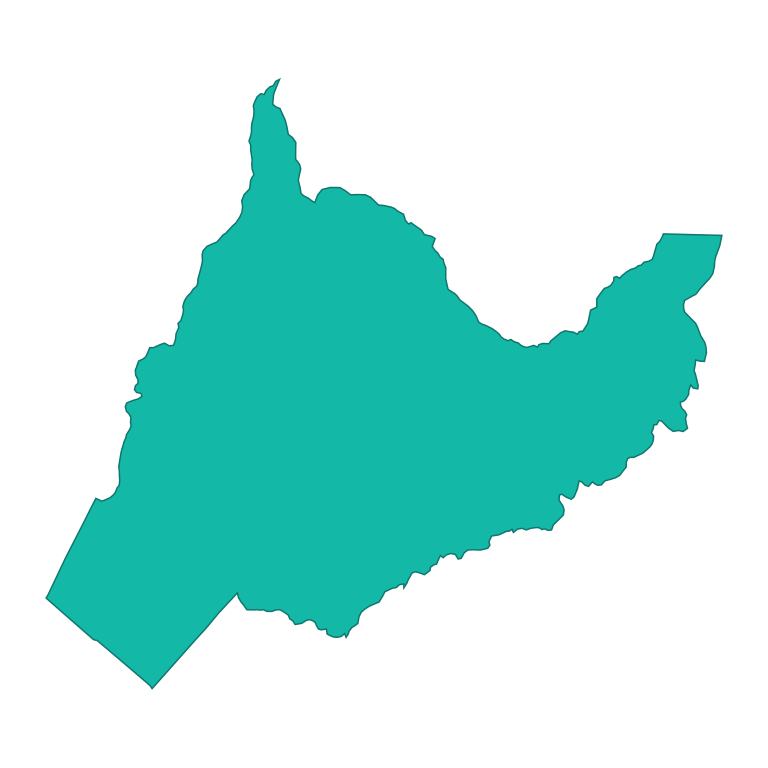 Theobroma, Rondônia, Brazil
{"feature_id": "56859067B32402961436", "entity_name": "Theobroma", "entity_type": "district", "adm_level": 2, "iso_a3": "BRA", "parent_name": "Brazil", "parent_adm1": "Rondônia", "projection": "robinson", "projection_center": [-62.291, -10.089], "detail": "fine", "context": "isolated", "style": "filled", "palette": "teal", "viewbox_px": 768, "rotation_deg": 0, "n_neighbors": 0, "source": "geoboundaries", "source_scale": "gbopen_adm2", "svg_char_len": 5285}
<svg xmlns="http://www.w3.org/2000/svg" viewBox="0 0 768 768"><path d="M46.1,598.1L93.5,639.6L97.3,640.6L126.4,665.3L149.9,685.4L152.1,688.6L194.2,641.2L206.5,627.7L218.6,613.1L237.4,592.9L238.5,597.6L240.9,601.8L244.0,605.5L246.8,609.7L254.0,609.9L257.3,609.7L260.4,610.1L263.4,609.7L267.0,611.4L271.8,611.4L276.1,609.9L279.9,609.7L285.0,612.7L288.4,615.2L289.7,618.8L292.9,620.9L295.1,624.5L301.8,623.3L306.4,620.3L309.5,619.6L312.6,620.7L315.2,622.4L316.6,625.8L318.5,629.1L321.4,629.8L326.4,629.1L327.2,634.1L332.3,636.6L336.0,637.4L340.9,636.6L344.6,633.6L346.1,637.3L348.2,634.1L349.1,631.1L351.9,627.5L354.6,625.8L357.8,623.5L359.1,616.4L361.3,612.2L364.3,609.4L369.1,606.3L374.3,604.0L379.1,602.0L383.3,594.9L384.8,591.8L389.7,589.5L392.4,588.2L396.4,587.5L399.5,584.6L403.8,584.0L403.9,587.8L406.9,583.1L408.3,579.6L410.3,576.1L412.0,573.0L415.6,571.7L420.6,573.2L424.3,574.7L427.3,572.5L430.0,570.5L430.4,567.3L433.8,564.8L436.6,564.1L438.2,560.1L440.4,555.5L443.2,557.7L446.5,554.8L450.7,553.5L455.4,554.4L458.1,559.0L461.1,558.4L464.3,552.7L467.9,550.0L473.8,549.7L477.9,550.0L480.6,550.0L487.7,548.3L489.9,545.1L488.9,541.9L491.6,536.0L499.0,534.8L506.3,531.4L509.7,531.0L512.0,529.2L513.4,532.4L517.4,529.2L521.8,528.3L526.3,529.9L530.7,528.3L536.5,527.5L539.3,527.8L541.9,529.5L544.5,528.8L547.9,530.3L551.5,530.0L553.4,524.8L559.0,519.4L563.4,514.9L564.1,509.8L562.7,505.6L560.9,503.1L559.1,500.1L559.3,495.2L561.9,494.2L565.9,497.0L571.2,499.2L574.0,497.0L577.4,488.9L578.3,484.4L579.1,480.9L581.8,481.9L584.9,485.1L588.5,486.4L592.4,481.9L595.2,484.1L598.0,485.3L601.4,484.8L604.8,480.9L610.9,479.2L616.0,477.6L619.9,475.2L623.0,471.0L626.2,467.0L626.2,462.7L627.5,458.7L630.2,457.3L633.7,457.4L639.1,454.9L642.2,453.5L644.7,451.6L650.2,446.6L652.1,443.8L653.3,440.2L653.6,436.1L651.5,432.6L653.4,428.1L653.7,424.9L656.8,424.6L658.9,420.5L661.6,421.0L668.5,428.1L673.1,431.3L678.8,430.5L683.2,431.5L687.5,428.3L686.2,423.4L685.5,418.4L686.7,414.7L684.8,411.2L682.1,408.6L680.7,405.8L680.3,402.2L683.5,401.2L686.0,398.9L688.6,394.5L688.9,390.3L690.7,384.9L693.3,388.1L697.8,388.8L698.2,385.7L695.3,373.8L694.1,370.6L695.1,365.2L695.7,360.0L700.2,361.2L704.4,361.4L706.5,352.5L705.8,346.0L704.6,342.2L700.6,335.5L697.4,326.9L695.5,323.2L684.9,312.4L683.8,309.2L683.5,304.6L684.6,300.4L692.4,296.0L695.8,294.3L699.8,289.1L709.8,278.2L712.8,273.6L714.4,266.4L714.8,260.3L715.9,256.2L719.7,245.9L721.9,235.4L663.4,233.9L662.2,237.1L659.8,241.3L656.9,244.2L653.5,256.0L652.3,259.3L648.9,261.2L644.0,262.2L641.2,265.2L638.4,265.7L635.4,268.0L630.8,269.4L626.7,271.9L622.0,275.6L619.7,278.3L616.7,276.6L614.0,277.3L613.6,281.2L610.7,285.5L607.4,287.4L604.4,288.4L600.2,293.8L596.8,298.7L596.8,307.2L590.6,310.1L588.7,319.5L587.6,323.7L583.0,331.0L579.3,331.6L577.5,334.1L573.2,332.1L570.3,331.8L565.2,330.8L560.9,332.6L550.8,340.9L549.0,343.7L542.6,343.5L539.0,344.6L537.4,347.1L533.7,345.4L527.3,347.4L524.5,347.0L521.3,345.6L518.2,342.9L514.5,341.9L510.8,339.5L508.0,340.7L503.9,339.0L501.2,337.0L499.3,334.2L495.6,331.1L492.3,328.7L486.1,325.6L482.0,324.2L478.7,322.1L475.9,315.6L472.6,310.7L468.2,306.2L459.9,300.0L457.0,295.8L454.9,293.8L448.1,289.4L446.6,283.0L445.7,278.3L445.8,267.7L444.1,263.7L443.1,259.2L440.3,257.3L437.7,252.9L434.9,250.4L432.3,246.4L435.1,238.6L431.8,236.4L424.4,234.6L421.5,230.2L417.6,227.4L413.7,224.7L411.0,222.7L408.5,224.0L405.4,220.3L403.5,214.2L397.8,211.2L394.5,208.5L391.2,207.1L383.1,205.4L378.6,205.1L370.6,197.3L365.3,194.8L357.1,194.6L350.7,194.8L345.2,190.7L340.0,187.6L330.1,187.5L322.1,189.5L317.7,195.0L314.8,202.6L311.6,200.7L308.4,198.2L303.5,195.7L301.0,193.4L300.2,188.1L298.3,180.3L299.1,176.0L300.7,169.0L299.7,164.8L297.8,161.9L295.7,159.5L295.6,154.9L295.8,142.4L292.7,137.8L288.3,134.4L286.9,126.8L285.2,120.1L279.9,108.5L276.3,107.1L272.7,104.3L273.5,95.1L274.4,92.0L279.5,79.4L275.7,81.4L273.3,85.6L269.7,87.0L266.1,90.5L264.2,94.5L260.8,93.7L257.2,96.7L254.7,101.9L253.3,105.7L254.0,109.7L253.9,114.8L253.1,119.0L251.9,123.1L251.5,127.7L251.5,131.3L250.9,135.2L249.0,141.0L250.7,145.2L250.7,150.2L252.2,159.9L251.8,164.5L252.2,169.2L253.9,174.7L251.8,177.8L250.6,180.6L249.7,188.7L244.2,194.6L241.7,200.8L242.6,206.2L242.0,212.2L239.6,217.4L235.8,223.0L232.7,225.8L229.0,229.7L225.9,233.1L222.9,235.1L219.6,239.0L216.8,242.1L212.6,243.8L207.1,246.3L203.2,250.6L202.1,254.8L202.5,261.0L201.5,265.7L200.6,269.4L198.9,275.6L197.9,279.5L197.8,282.9L196.7,286.2L193.2,289.2L190.7,293.0L187.6,296.0L185.4,299.2L183.9,302.5L182.9,306.6L183.5,310.3L182.8,314.6L180.7,320.8L178.0,323.5L178.8,327.6L176.1,333.6L175.4,340.0L173.5,345.4L168.9,345.7L164.6,343.2L161.6,344.1L158.5,345.4L153.4,347.7L149.8,347.6L148.3,351.3L145.8,356.8L143.1,359.0L138.7,361.0L137.4,364.4L136.5,367.4L135.3,370.1L135.7,375.2L138.1,380.0L137.8,383.6L135.5,385.6L134.5,389.6L136.5,392.4L140.8,393.3L142.1,396.2L138.0,399.0L132.8,400.5L126.8,402.9L125.3,406.6L126.5,411.4L128.8,413.6L130.9,417.4L130.5,422.4L131.1,426.4L129.5,429.8L126.5,434.7L125.7,438.1L124.1,441.7L122.5,447.3L121.1,452.2L120.3,457.1L118.8,466.4L119.4,472.0L119.4,475.6L119.7,480.6L119.2,485.3L117.0,488.1L115.5,492.2L113.4,494.9L109.8,497.9L102.0,501.2L95.9,498.4L91.4,507.1L82.7,524.5L65.7,557.6L48.2,594.5L46.1,598.1Z" fill="#14b8a6" stroke="#0f766e" stroke-width="1.5"/></svg>